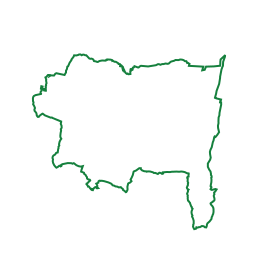 Apostolache, Prahova, Romania (Mercator projection), rotated 190°
{"feature_id": "2599482B23348990621180", "entity_name": "Apostolache", "entity_type": "district", "adm_level": 2, "iso_a3": "ROU", "parent_name": "Romania", "parent_adm1": "Prahova", "projection": "mercator", "projection_center": [26.269, 45.129], "detail": "fine", "context": "isolated", "style": "outline", "palette": "green", "viewbox_px": 256, "rotation_deg": 190, "n_neighbors": 0, "source": "geoboundaries", "source_scale": "gbopen_adm2", "svg_char_len": 5713}
<svg xmlns="http://www.w3.org/2000/svg" viewBox="0 0 256 256"><g transform="rotate(190 128 128)"><path d="M128.5,189.3L132.4,190.0L132.7,188.8L133.7,188.3L133.6,186.2L133.9,185.9L134.5,185.8L134.9,186.0L135.3,186.6L135.6,186.5L135.7,185.4L135.1,184.7L135.6,184.0L135.0,181.6L136.9,181.0L137.3,181.1L137.8,181.6L138.6,181.1L139.9,181.8L140.5,182.6L141.5,182.9L141.5,184.0L142.2,184.9L142.5,183.9L142.9,183.8L143.3,184.7L142.8,185.2L143.8,186.0L143.2,186.4L143.5,187.0L144.0,187.0L144.0,187.5L144.9,188.1L145.2,188.4L145.4,188.5L146.1,187.5L146.5,187.5L146.6,189.0L147.0,189.5L148.4,189.4L148.7,190.0L151.5,191.1L152.9,190.9L154.5,191.6L155.1,191.3L155.4,192.1L156.9,192.3L160.5,191.9L160.8,191.7L160.7,191.4L161.3,191.3L161.5,190.6L162.0,190.4L165.2,190.0L167.8,189.0L168.9,188.0L169.7,187.7L171.2,188.0L173.1,188.0L173.9,189.2L174.6,189.7L175.9,190.0L177.2,189.6L178.3,189.8L181.7,192.4L182.8,192.2L183.8,192.5L185.0,192.5L186.3,191.6L187.5,192.2L189.0,191.9L189.5,191.4L191.4,190.5L193.7,190.2L193.9,188.9L195.6,185.6L195.5,185.0L196.8,182.2L197.7,178.4L198.4,177.9L198.4,175.4L199.0,173.7L198.7,171.9L199.2,170.8L199.7,169.2L208.1,169.5L209.0,168.8L210.0,166.8L212.7,166.5L213.4,166.2L214.1,165.6L213.9,166.4L214.0,166.6L216.0,166.3L216.6,165.4L217.0,164.4L218.1,163.5L216.9,161.4L216.9,160.4L216.0,158.0L216.3,156.7L216.0,155.4L216.3,155.1L216.3,154.4L215.8,153.3L216.0,152.5L215.4,151.0L215.4,150.4L217.2,150.4L217.4,150.7L217.3,151.8L217.5,151.9L217.8,151.8L218.0,151.2L218.3,151.2L218.6,151.6L219.2,151.4L219.6,152.0L219.3,153.4L219.3,154.0L220.6,154.1L220.6,151.6L220.2,151.5L219.5,150.2L219.6,149.6L220.3,148.6L220.2,147.0L219.6,146.7L219.6,146.4L224.8,144.3L226.3,143.1L226.7,142.2L226.8,140.8L226.2,137.9L225.5,136.9L225.5,134.7L224.7,134.0L223.2,131.8L223.1,131.1L223.4,130.1L223.0,128.7L221.1,127.1L220.4,125.8L220.2,124.9L219.7,124.1L218.8,123.3L217.8,123.5L217.4,124.4L216.4,125.6L214.8,127.2L214.5,127.3L212.0,126.0L206.1,124.8L204.7,125.1L204.2,124.8L195.0,122.8L195.1,122.2L194.8,121.7L195.0,120.6L194.6,119.8L193.9,118.9L193.4,116.9L193.6,115.9L194.0,115.2L193.4,113.7L193.5,111.5L193.3,108.5L192.9,107.1L191.8,105.8L192.3,104.9L193.0,102.6L193.1,100.0L192.6,98.8L193.2,97.5L192.9,96.0L193.1,95.2L193.0,92.8L193.2,92.2L193.0,91.7L194.5,90.9L195.1,89.3L196.5,88.1L197.1,87.0L197.2,85.7L197.1,85.2L196.4,84.1L196.4,82.4L195.7,80.6L194.2,78.5L192.2,76.8L191.6,76.5L190.4,77.4L189.1,78.9L188.4,79.0L187.7,78.5L187.0,79.0L186.9,79.4L187.3,80.2L186.3,81.0L181.2,83.0L177.7,83.5L176.4,83.2L175.5,83.9L175.1,83.9L172.4,82.4L169.9,81.8L167.7,81.8L165.9,82.6L166.5,78.9L166.6,76.9L163.6,76.3L163.2,75.2L161.7,74.5L160.8,73.3L159.9,72.5L159.6,71.3L159.4,71.0L158.2,70.5L156.6,70.4L156.2,70.0L156.1,69.7L157.7,67.7L158.3,66.6L159.1,66.1L159.2,65.5L157.5,64.1L157.3,63.4L156.3,63.5L153.9,61.2L152.7,60.6L151.8,60.7L151.8,60.9L152.3,61.8L151.6,61.8L150.9,63.1L150.0,64.1L149.3,64.3L148.4,63.3L148.1,63.2L147.0,63.6L148.0,64.3L148.3,66.1L149.6,67.7L147.7,69.0L147.8,70.3L147.2,71.0L146.5,71.3L145.9,71.1L144.7,71.5L142.2,71.5L137.8,71.0L135.0,70.3L134.3,69.9L133.2,68.9L131.5,68.8L130.3,68.3L128.4,68.4L126.7,67.9L124.8,68.5L123.9,67.7L122.6,67.2L122.0,66.0L120.7,65.6L119.0,64.4L118.6,64.6L118.3,65.2L117.8,66.8L117.8,67.6L118.4,70.0L118.2,73.3L117.9,73.7L116.4,74.7L115.3,76.2L116.5,77.7L115.8,79.7L115.1,82.5L114.9,85.9L114.5,86.4L112.7,87.5L109.9,90.4L108.4,90.6L108.3,89.8L107.0,88.8L104.9,88.3L103.4,88.3L102.6,88.5L102.0,88.2L101.0,88.7L98.7,89.0L95.7,88.7L94.7,88.2L93.3,88.5L90.6,87.9L89.4,89.4L87.8,89.4L86.7,88.8L85.9,88.9L85.5,89.3L85.9,90.4L82.2,91.4L78.9,91.9L77.7,92.4L72.6,93.5L70.0,93.8L68.0,94.4L66.1,94.5L64.3,94.4L62.0,93.7L60.4,93.8L60.2,93.3L60.2,91.8L59.9,90.7L60.8,90.2L61.1,89.7L60.9,88.9L60.4,88.6L60.0,85.6L59.3,84.7L59.2,84.1L59.4,83.4L59.2,83.0L59.1,81.7L59.4,81.3L59.7,79.5L59.2,78.6L57.7,77.8L58.2,77.2L57.9,76.0L58.4,73.5L57.3,71.7L57.4,70.8L57.0,69.8L57.0,69.0L56.3,66.9L55.1,66.2L54.9,65.8L53.9,65.0L53.7,64.4L52.1,61.7L51.5,61.3L51.3,60.4L50.4,59.8L50.9,57.1L50.8,55.9L50.3,54.4L49.3,52.9L49.6,52.2L49.5,51.8L48.4,50.4L47.2,48.0L46.7,45.1L47.0,44.1L46.8,43.3L46.9,42.4L46.4,41.4L45.2,39.9L43.6,40.6L43.4,42.1L42.2,41.9L41.0,42.7L39.9,42.9L38.2,44.3L36.7,44.4L35.9,44.2L35.1,43.6L33.7,43.7L33.4,45.2L33.5,46.7L33.2,47.9L31.4,50.2L30.2,52.5L30.0,53.0L30.1,54.6L29.7,55.8L29.5,57.3L29.2,58.1L29.2,60.2L29.7,63.0L30.3,64.5L31.4,65.8L32.3,66.4L33.3,67.4L33.6,68.1L33.1,68.8L31.9,69.8L31.8,70.3L31.2,70.6L30.4,71.7L30.4,72.6L30.7,73.8L31.7,75.8L31.8,76.5L31.4,77.7L32.0,79.2L31.7,79.9L31.1,80.5L30.1,82.9L31.3,83.1L34.6,81.6L35.2,81.6L36.1,82.1L35.5,83.9L35.8,84.6L36.2,84.6L36.6,85.1L36.5,89.1L36.8,91.5L37.3,93.2L37.4,93.5L37.1,93.9L37.1,94.3L37.4,95.3L38.2,96.2L38.3,97.2L39.2,99.5L40.8,101.1L42.6,103.6L43.2,106.9L41.6,111.0L41.4,113.2L42.6,116.4L43.2,118.7L43.0,120.8L42.2,123.6L42.0,128.8L41.6,130.5L41.5,133.9L41.2,134.7L40.3,134.3L38.9,136.7L37.6,139.7L39.3,143.7L39.8,145.9L39.7,148.5L40.1,150.3L40.6,154.2L40.2,156.3L40.5,158.8L40.3,167.2L40.7,169.2L41.8,169.2L41.8,170.6L41.4,170.6L41.3,172.2L46.1,172.5L47.1,172.7L47.0,173.0L47.6,173.1L47.2,176.9L47.2,179.9L45.9,187.2L46.0,193.5L46.2,194.2L46.1,201.7L45.7,204.3L45.3,205.7L45.8,209.7L44.9,215.1L45.0,216.0L45.3,216.1L48.7,211.6L48.6,209.3L48.2,206.9L48.1,205.3L54.1,203.6L61.8,202.0L62.6,198.6L64.9,197.7L64.5,201.5L78.8,199.8L78.6,201.8L79.2,201.9L79.4,202.2L80.4,202.6L81.0,202.3L82.1,203.9L83.6,203.7L85.0,204.5L86.8,204.7L88.6,204.5L89.9,203.7L93.0,203.2L94.3,202.2L97.1,200.9L97.8,200.2L99.0,198.6L100.0,198.1L102.3,198.0L103.9,197.2L105.4,196.9L107.1,195.9L108.3,196.2L109.5,196.1L111.4,194.7L118.9,192.1L126.0,191.5L127.1,190.7L127.9,189.6L128.5,189.3Z" fill="none" stroke="#15803d" stroke-width="2"/></g></svg>